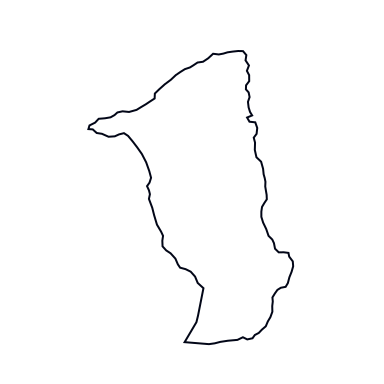 the district of Mampituba, Rio Grande do Sul, Brazil, rotated 102°
{"feature_id": "56859067B96169030602258", "entity_name": "Mampituba", "entity_type": "district", "adm_level": 2, "iso_a3": "BRA", "parent_name": "Brazil", "parent_adm1": "Rio Grande do Sul", "projection": "robinson", "projection_center": [-50.01, -29.274], "detail": "fine", "context": "isolated", "style": "outline", "palette": "ink", "viewbox_px": 384, "rotation_deg": 102, "n_neighbors": 0, "source": "geoboundaries", "source_scale": "gbopen_adm2", "svg_char_len": 1877}
<svg xmlns="http://www.w3.org/2000/svg" viewBox="0 0 384 384"><g transform="rotate(102 192 192)"><path d="M148.2,306.1L152.0,306.4L151.4,302.1L154.1,297.5L153.8,292.2L155.3,285.1L153.6,279.1L150.8,275.3L148.6,270.8L150.4,266.2L155.0,260.4L159.9,254.7L165.3,248.9L172.5,243.0L180.5,238.1L186.6,235.0L191.7,235.5L195.6,237.2L199.4,234.4L202.9,232.7L207.7,232.7L215.7,227.6L222.6,224.2L231.2,219.5L237.2,214.0L240.9,211.2L245.8,210.9L251.3,209.5L254.5,205.1L256.4,200.2L260.6,194.4L265.7,190.8L268.5,187.9L268.8,182.2L270.2,176.7L274.1,171.4L279.8,167.5L283.7,160.8L311.6,160.4L318.4,160.6L340.4,168.0L337.3,143.8L335.3,138.3L332.7,133.1L330.0,125.9L327.2,116.8L323.5,112.0L324.7,107.3L322.5,102.4L318.8,100.8L316.0,97.4L312.1,95.0L308.0,91.9L302.8,90.9L298.1,89.3L292.4,88.5L286.9,89.8L282.4,90.2L278.4,91.4L273.9,89.8L270.0,88.1L267.2,85.2L265.3,80.7L261.2,79.3L255.1,79.0L249.4,78.0L243.6,77.6L238.9,79.0L235.0,83.5L231.5,85.0L231.9,89.8L233.0,94.6L230.2,99.0L225.0,101.2L221.8,103.6L219.0,108.0L212.8,111.7L207.1,116.1L201.9,119.0L196.7,120.1L192.0,120.4L187.6,118.9L183.6,117.3L179.3,118.4L175.0,120.1L171.4,121.5L166.7,122.3L163.2,123.8L159.8,125.6L154.5,127.3L148.0,130.7L144.6,136.2L137.8,139.3L130.6,140.6L126.0,142.9L121.7,140.9L115.8,141.5L110.7,144.6L111.3,150.4L107.7,153.6L104.6,149.1L101.6,151.9L97.5,154.2L92.2,156.0L87.2,155.4L82.8,157.3L80.4,160.6L76.4,161.3L71.7,159.1L65.8,160.4L62.1,163.5L56.4,162.6L52.1,167.0L46.8,167.3L43.6,171.4L44.5,176.2L46.2,181.4L48.0,186.3L50.1,190.1L51.9,194.4L52.4,200.1L57.9,204.0L62.3,208.3L64.2,213.5L67.8,217.0L70.6,219.9L73.3,224.5L77.0,228.3L81.1,232.2L86.6,236.0L92.3,241.0L98.3,245.4L103.4,248.8L108.3,248.0L112.3,252.0L115.8,255.4L119.3,259.2L123.2,263.3L126.8,270.2L127.5,276.7L129.7,281.5L132.9,283.8L135.9,287.2L138.0,292.5L139.8,298.5L144.3,301.2L148.2,306.1Z" fill="none" stroke="#020617" stroke-width="2"/></g></svg>